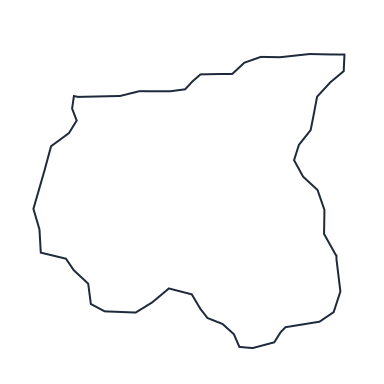 Sävsjö, Jönköping, Sweden, rotated 185°
{"feature_id": "70781695B29308499168486", "entity_name": "Sävsjö", "entity_type": "district", "adm_level": 2, "iso_a3": "SWE", "parent_name": "Sweden", "parent_adm1": "Jönköping", "projection": "natural_earth1", "projection_center": [14.593, 57.347], "detail": "fine", "context": "isolated", "style": "outline", "palette": "slate", "viewbox_px": 384, "rotation_deg": 185, "n_neighbors": 0, "source": "geoboundaries", "source_scale": "gbopen_adm2", "svg_char_len": 880}
<svg xmlns="http://www.w3.org/2000/svg" viewBox="0 0 384 384"><g transform="rotate(185 192 192)"><path d="M114.2,334.3L116.6,333.9L135.2,332.6L151.1,325.4L162.2,313.1L176.2,311.8L193.8,309.9L201.3,302.1L207.8,293.7L222.7,290.4L253.4,287.8L272.0,281.4L313.8,276.8L318.0,277.3L318.7,264.6L313.1,253.1L319.7,240.0L336.4,225.3L340.8,200.7L348.5,161.4L340.7,141.4L337.6,120.1L337.3,118.4L311.8,114.6L303.0,103.8L287.4,91.6L283.0,71.6L268.6,65.5L237.6,67.0L222.1,78.5L206.6,93.9L183.3,90.0L173.4,76.2L165.6,67.8L150.1,63.2L137.9,54.0L131.3,41.8L118.0,41.8L104.2,46.8L97.0,49.4L91.4,60.2L87.0,65.5L53.7,73.9L40.4,84.7L35.5,105.8L42.2,137.5L42.6,141.3L42.9,141.3L56.8,161.7L58.5,185.7L67.1,204.9L82.7,217.0L93.1,232.6L89.6,248.3L79.2,264.0L77.5,279.7L75.7,297.8L63.6,313.5L51.4,325.6L52.1,342.2L67.3,341.0L86.9,339.7L114.2,334.3Z" fill="none" stroke="#1e293b" stroke-width="2"/></g></svg>